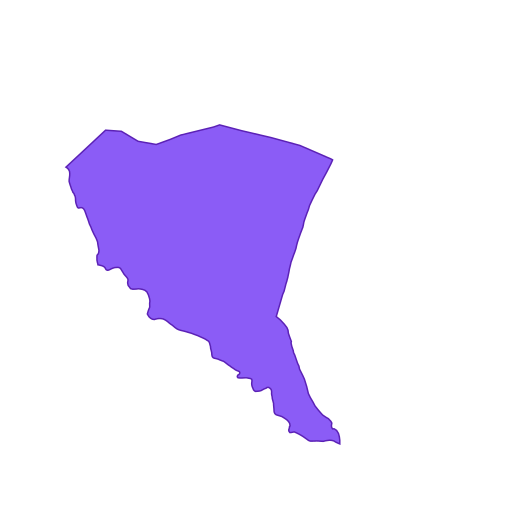 Cantonement, Laborie, Saint Lucia (orthographic projection), rotated 317°
{"feature_id": "8701671B14194395113255", "entity_name": "Cantonement", "entity_type": "district", "adm_level": 2, "iso_a3": "LCA", "parent_name": "Saint Lucia", "parent_adm1": "Laborie", "projection": "orthographic", "projection_center": [-60.978, 13.756], "detail": "fine", "context": "isolated", "style": "filled", "palette": "violet", "viewbox_px": 512, "rotation_deg": 317, "n_neighbors": 0, "source": "geoboundaries", "source_scale": "gbopen_adm2", "svg_char_len": 4424}
<svg xmlns="http://www.w3.org/2000/svg" viewBox="0 0 512 512"><g transform="rotate(317 256 256)"><path d="M189.1,450.6L191.6,447.9L193.7,445.0L195.3,442.0L196.0,438.5L195.3,435.7L194.1,434.6L194.5,432.8L195.5,431.5L197.5,429.9L198.0,428.0L198.0,424.3L197.2,421.8L196.3,417.8L196.3,415.7L196.5,410.9L196.9,405.9L198.0,401.9L199.2,396.5L200.5,392.3L204.0,386.1L207.4,379.1L208.6,375.5L210.7,368.4L212.3,365.8L213.2,362.9L215.1,358.6L216.8,354.8L217.5,352.4L218.7,350.6L220.6,346.4L222.4,343.4L223.5,342.7L224.3,340.8L225.6,337.7L227.0,334.6L228.8,332.1L229.8,329.4L230.2,325.0L230.2,319.3L229.5,314.1L249.3,302.3L252.5,300.9L257.5,297.7L258.7,296.9L261.4,295.4L262.9,294.4L264.4,293.5L267.2,291.5L269.2,290.1L271.7,288.2L274.8,286.2L277.4,284.4L280.8,282.7L284.0,281.0L286.7,279.7L290.4,277.7L292.8,276.0L295.8,274.1L299.3,272.2L302.4,270.6L304.5,269.5L306.0,268.8L308.0,267.8L309.7,267.0L311.5,265.8L314.2,263.8L316.7,262.4L322.9,259.2L325.9,257.8L329.6,255.6L335.3,253.3L341.4,251.0L345.3,250.0L356.9,245.5L365.0,242.8L373.8,239.6L377.1,238.2L377.6,237.9L376.9,235.8L375.1,231.8L363.5,205.1L347.8,179.7L330.9,154.5L318.8,135.3L313.3,132.9L311.8,132.1L283.4,116.2L272.7,112.2L259.1,106.4L248.0,91.7L242.6,73.0L231.8,61.4L177.6,61.4L177.8,62.1L178.0,63.6L177.9,65.1L177.3,67.0L175.9,68.8L174.6,70.1L173.3,71.2L171.6,72.6L170.2,74.0L169.3,75.7L168.3,77.8L167.6,79.4L166.8,81.0L166.1,83.1L166.0,83.6L165.5,84.6L165.5,86.1L164.8,87.7L164.5,88.8L163.9,89.9L163.0,91.1L162.2,92.0L161.6,92.7L160.4,94.5L159.8,95.8L159.2,97.1L158.6,98.9L159.0,100.0L160.2,100.7L161.2,101.4L161.9,102.5L162.1,104.0L161.8,105.6L161.4,106.7L160.2,109.5L159.0,112.2L158.4,113.8L157.1,116.7L156.0,119.0L155.0,122.2L153.9,124.9L153.0,127.6L152.3,129.8L151.8,131.7L151.2,133.9L150.6,135.5L149.7,137.7L148.6,139.2L147.4,141.0L145.8,143.5L144.8,145.0L143.0,146.4L141.8,146.9L141.0,146.9L140.2,147.1L139.1,148.1L138.3,149.0L136.9,150.5L135.7,152.4L134.7,154.3L134.4,154.6L135.3,155.9L136.4,157.6L136.9,158.4L137.4,159.8L137.6,160.8L137.6,161.5L137.2,163.0L137.1,164.0L137.6,165.1L138.6,165.8L140.1,166.3L141.8,166.8L143.1,167.3L144.6,168.0L145.8,168.9L147.1,170.0L147.8,170.8L148.3,172.1L148.4,172.8L148.1,174.2L147.8,175.8L147.5,177.4L147.1,179.1L147.0,181.2L147.0,182.3L146.9,184.1L146.6,185.3L146.1,186.2L145.3,186.9L144.5,187.5L143.8,188.1L143.1,189.2L142.4,190.4L142.3,191.9L142.1,193.6L142.0,194.3L143.1,196.1L144.2,197.1L146.0,198.6L147.7,199.8L149.1,201.5L150.2,203.0L151.4,205.3L151.5,206.2L151.7,208.1L151.4,208.9L150.8,211.0L150.0,212.7L149.0,214.7L147.7,216.6L146.0,218.0L143.6,220.7L142.9,221.2L141.4,221.8L139.5,222.8L137.0,224.3L136.6,225.9L136.3,227.7L136.5,229.7L137.0,231.4L138.3,233.1L139.4,233.6L141.6,234.9L143.1,236.2L144.1,237.3L145.2,238.8L146.1,241.2L146.6,243.6L146.8,245.6L147.1,247.5L147.6,249.6L148.0,253.1L148.5,255.5L149.3,257.4L150.4,259.3L151.7,261.2L153.2,263.6L154.3,265.5L156.1,268.5L157.6,271.6L159.1,274.5L160.2,277.2L161.1,279.3L161.9,281.3L162.4,282.8L162.7,284.3L163.1,285.5L163.2,286.2L162.8,287.7L161.7,289.8L160.9,291.3L159.9,292.5L158.6,294.9L157.6,296.6L156.5,297.9L155.8,299.0L155.4,299.8L155.3,301.0L155.7,302.2L156.9,303.9L158.0,305.7L158.6,307.2L159.7,309.5L160.5,311.0L160.8,312.5L161.1,314.5L161.5,316.9L162.0,318.9L162.2,320.4L162.9,323.1L163.3,325.2L163.9,326.8L164.5,328.0L165.0,329.3L164.6,330.2L163.8,330.9L162.9,331.0L161.6,330.7L160.7,331.0L159.9,331.6L159.8,332.8L161.1,334.3L162.6,335.7L164.8,337.5L166.1,338.7L167.3,340.4L168.3,341.7L168.8,343.2L168.0,344.5L166.8,345.5L165.8,346.4L165.0,347.4L164.1,349.0L163.5,350.7L162.9,352.2L162.9,353.5L163.2,354.6L164.8,355.9L166.4,357.1L167.9,357.9L171.1,358.7L173.4,359.6L174.3,359.6L175.0,360.1L175.7,360.8L176.1,362.7L176.0,364.0L175.4,365.2L174.6,366.2L173.3,367.5L172.4,368.9L171.9,369.8L170.6,371.5L169.6,373.4L168.3,375.8L167.3,376.9L164.9,380.0L163.3,381.9L162.7,382.9L162.4,383.8L162.3,384.7L162.5,385.9L163.5,387.7L164.5,389.4L165.4,391.0L166.2,393.9L166.8,396.6L166.9,398.4L166.8,399.8L166.4,401.5L165.6,402.7L165.1,403.5L164.3,403.5L163.9,403.9L162.6,404.8L161.5,405.4L160.7,406.3L160.4,407.7L160.4,408.3L161.4,409.1L164.0,410.7L165.0,413.0L165.9,415.4L166.4,416.9L167.3,420.1L168.3,424.9L168.6,426.6L169.4,428.3L170.3,429.2L173.1,431.7L173.9,432.3L175.6,434.0L177.4,436.0L178.9,437.5L180.8,438.5L182.1,439.4L184.2,440.9L185.7,442.6L186.8,444.3L187.4,446.5L188.2,448.5L189.1,450.6Z" fill="#8b5cf6" stroke="#5b21b6" stroke-width="1.5"/></g></svg>